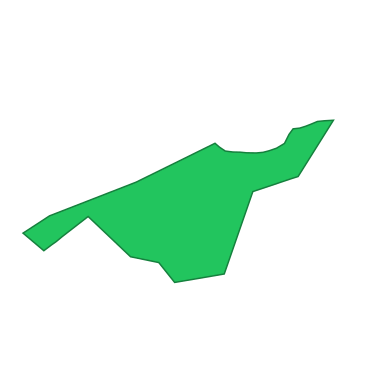 Lagoinha do Piauí, Piauí, Brazil, rotated 48°
{"feature_id": "56859067B7695377468194", "entity_name": "Lagoinha do Piauí", "entity_type": "district", "adm_level": 2, "iso_a3": "BRA", "parent_name": "Brazil", "parent_adm1": "Piauí", "projection": "orthographic", "projection_center": [-42.63, -5.813], "detail": "fine", "context": "isolated", "style": "filled", "palette": "green", "viewbox_px": 384, "rotation_deg": 48, "n_neighbors": 0, "source": "geoboundaries", "source_scale": "gbopen_adm2", "svg_char_len": 580}
<svg xmlns="http://www.w3.org/2000/svg" viewBox="0 0 384 384"><g transform="rotate(48 192 192)"><path d="M147.3,226.9L114.4,313.8L109.5,345.1L136.5,341.4L137.3,331.9L138.0,326.1L138.3,318.4L140.7,285.6L199.0,281.0L222.2,263.9L247.6,265.4L274.5,222.9L232.4,146.5L248.5,109.4L251.5,102.8L233.3,38.9L227.7,45.9L223.5,51.6L221.2,58.2L219.2,63.5L216.6,69.2L212.7,74.6L214.1,81.3L217.8,90.8L216.0,99.9L212.9,107.2L210.1,112.6L206.0,118.1L199.4,125.2L194.6,129.6L189.7,134.8L183.8,139.9L176.9,141.6L171.2,142.3L147.3,226.9Z" fill="#22c55e" stroke="#15803d" stroke-width="1.5"/></g></svg>